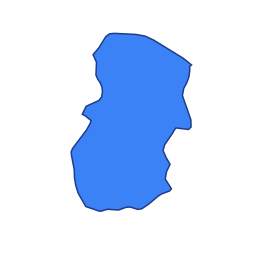 SVG path tracing the border of Gombe, rotated 214°
{"feature_id": "NGA-2859", "entity_name": "Gombe", "entity_type": "State", "adm_level": 1, "iso_a3": "NGA", "parent_name": "Nigeria", "parent_adm1": "", "projection": "orthographic", "projection_center": [11.213, 10.454], "detail": "fine", "context": "isolated", "style": "filled", "palette": "blue", "viewbox_px": 256, "rotation_deg": 214, "n_neighbors": 0, "source": "natural_earth", "source_scale": "10m", "svg_char_len": 907}
<svg xmlns="http://www.w3.org/2000/svg" viewBox="0 0 256 256"><g transform="rotate(214 128 128)"><path d="M110.6,215.8L111.3,213.3L109.1,210.5L106.2,204.7L104.6,198.5L103.9,191.9L101.0,185.3L80.4,169.9L76.3,164.1L76.9,160.7L88.2,154.9L88.5,152.0L88.1,149.0L88.3,134.9L86.3,128.9L79.9,124.8L72.8,121.4L71.7,113.5L68.6,106.5L58.0,101.9L58.3,99.1L63.5,91.8L65.0,88.0L68.4,76.1L71.5,68.6L74.4,66.0L82.0,63.7L85.2,61.2L90.0,54.7L99.3,49.3L101.7,46.7L103.3,44.5L105.3,43.0L119.1,39.3L132.7,46.0L139.0,51.0L144.5,56.8L149.3,63.4L159.7,73.9L161.8,76.6L162.5,80.0L161.3,103.3L161.9,110.5L162.8,113.5L169.8,114.2L173.6,113.8L174.8,122.6L167.5,134.6L167.2,139.0L169.3,143.5L172.4,147.3L176.2,149.9L180.5,151.6L184.2,154.0L190.9,164.9L198.0,169.3L197.0,178.1L197.5,191.5L196.0,195.7L192.3,198.8L173.9,209.9L165.4,213.7L156.2,215.2L121.2,216.7L110.6,215.8Z" fill="#3b82f6" stroke="#1e3a8a" stroke-width="1.5"/></g></svg>